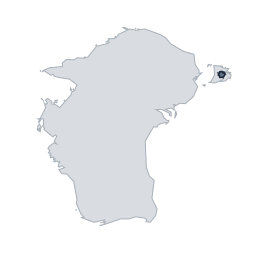 Central Highlands (Tas.), Tasmania, Australia (highlighted), rotated 278°
{"feature_id": "25037944B68362175930798", "entity_name": "Central Highlands (Tas.)", "entity_type": "district", "adm_level": 2, "iso_a3": "AUS", "parent_name": "Australia", "parent_adm1": "Tasmania", "projection": "mercator", "projection_center": [146.609, -42.197], "detail": "fine", "context": "in_parent", "style": "filled", "palette": "slate", "viewbox_px": 256, "rotation_deg": 278, "n_neighbors": 0, "source": "geoboundaries", "source_scale": "gbopen_adm2", "svg_char_len": 4864}
<svg xmlns="http://www.w3.org/2000/svg" viewBox="0 0 256 256"><g transform="rotate(278 128 128)"><path d="M176.9,42.4L179.7,54.5L183.3,53.9L187.3,57.6L188.0,65.1L190.4,67.7L191.0,74.7L192.7,78.4L204.4,85.3L209.1,96.7L210.4,97.3L210.7,95.2L213.2,97.3L213.6,96.3L214.7,102.1L216.3,103.9L219.6,105.7L226.2,115.8L226.0,122.6L228.4,130.8L225.1,146.6L222.8,152.4L216.9,159.2L211.5,172.7L210.2,183.1L200.1,185.7L195.0,190.3L191.9,190.7L192.8,193.3L187.8,189.5L188.6,188.6L188.2,187.6L187.3,187.6L185.7,189.2L184.5,188.2L186.5,186.7L185.3,185.5L178.7,191.3L168.2,188.4L160.1,181.4L159.8,176.0L156.1,171.2L157.7,171.3L157.6,169.9L152.2,171.4L153.8,167.8L151.7,162.7L149.8,168.5L145.8,169.1L146.4,167.1L148.3,167.1L151.0,159.2L150.2,153.3L147.5,159.5L143.6,161.8L140.9,165.6L141.3,167.5L139.7,167.3L137.1,165.2L138.7,165.1L137.6,161.4L135.1,157.2L133.0,156.7L132.7,153.1L117.4,146.9L91.6,151.6L83.4,155.8L79.7,161.2L61.7,161.5L51.8,168.0L45.2,167.6L37.8,163.2L37.7,158.8L39.5,159.5L41.1,156.9L41.2,148.1L38.1,141.6L37.0,133.5L28.7,117.0L32.0,118.7L30.1,113.8L31.4,116.7L33.8,117.6L29.9,107.4L32.9,93.7L33.5,96.9L36.3,93.4L46.1,87.2L49.6,87.6L67.3,81.7L74.0,73.9L73.6,68.8L77.1,65.2L80.0,70.8L81.5,67.7L79.6,65.5L80.2,64.1L86.0,65.1L84.2,64.5L85.4,62.3L84.3,60.4L87.4,60.1L86.3,58.7L88.9,58.5L88.0,56.4L90.2,54.1L90.4,55.5L92.1,55.3L92.3,52.6L94.8,53.6L96.5,51.5L99.2,52.9L102.9,56.6L102.3,59.5L104.8,56.7L110.0,58.6L111.0,57.0L108.7,54.8L114.9,44.8L116.1,45.4L118.2,43.0L118.9,44.0L125.2,43.2L125.0,40.8L120.8,39.1L121.5,38.5L136.6,43.6L141.0,41.7L140.0,43.7L141.8,44.8L144.1,42.4L146.1,44.4L143.7,48.8L141.1,49.2L141.2,52.4L138.7,57.5L152.5,66.7L156.3,67.6L157.5,69.8L163.7,71.4L168.2,63.3L168.5,51.7L169.1,47.4L170.7,46.4L169.5,44.4L173.3,36.1L176.9,42.4ZM184.5,203.2L192.4,206.4L201.8,204.3L202.4,213.3L201.7,211.7L200.8,213.6L200.6,219.6L197.2,217.2L195.1,222.7L191.0,222.3L191.8,220.7L188.3,218.1L186.9,213.4L188.4,214.2L184.7,207.9L184.5,203.2ZM113.7,38.5L118.1,38.5L119.4,39.8L116.5,42.2L113.7,38.5ZM144.1,173.0L151.9,172.8L148.6,174.2L144.1,173.0ZM145.0,51.8L145.8,54.2L143.1,53.8L143.5,52.1L145.0,51.8ZM225.8,114.6L225.6,111.6L226.7,109.0L227.1,110.8L225.8,114.6ZM199.5,198.0L202.2,198.7L202.2,199.9L199.5,198.0ZM113.2,39.3L114.8,41.7L112.0,41.5L113.2,39.3ZM181.6,198.5L180.1,198.2L180.9,196.1L181.6,198.5ZM159.7,65.6L158.4,66.4L157.0,66.8L157.7,65.4L159.7,65.6ZM28.7,116.3L27.7,114.8L27.6,113.4L28.7,116.3ZM201.7,201.1L202.7,201.9L200.7,201.3L201.7,201.1ZM215.7,102.5L216.7,102.5L216.7,103.9L215.7,102.5ZM191.3,74.6L192.5,75.4L192.3,75.8L191.3,74.6ZM197.2,220.5L197.3,222.0L196.3,221.5L197.2,220.5ZM227.5,123.7L227.6,125.4L227.5,123.7ZM124.8,38.4L124.1,37.8L124.5,37.4L124.8,38.4ZM145.1,38.6L144.0,39.8L145.3,37.6L145.1,38.6ZM227.7,121.7L227.2,122.3L227.5,121.7L227.7,121.7ZM146.7,61.3L146.1,61.5L146.4,60.9L146.7,61.3ZM142.8,51.7L142.0,51.8L142.5,51.0L142.8,51.7ZM39.9,87.3L39.6,88.3L39.3,88.2L39.9,87.3ZM172.0,35.5L172.0,36.4L171.7,35.8L172.0,35.5ZM187.3,188.1L187.5,188.7L187.3,188.5L187.3,188.1ZM143.7,40.1L142.3,41.0L143.8,39.9L143.7,40.1ZM88.1,55.2L87.5,55.8L87.9,55.1L88.1,55.2ZM197.7,219.4L197.2,219.7L197.5,219.1L197.7,219.4ZM159.1,68.6L158.3,68.6L158.7,68.1L159.1,68.6ZM85.1,59.7L84.7,60.0L84.7,59.2L85.1,59.7ZM201.5,216.2L200.8,216.7L201.0,215.8L201.5,216.2ZM172.5,33.3L172.4,33.8L172.0,33.6L172.5,33.3ZM186.9,189.0L187.6,189.6L186.5,189.4L186.9,189.0ZM205.9,85.2L205.3,85.3L205.5,84.6L205.9,85.2ZM210.2,95.1L209.9,95.1L210.1,94.6L210.2,95.1ZM184.8,202.1L184.6,202.6L184.4,201.9L184.8,202.1Z" fill="#d9dde1" stroke="#a8b0b8" stroke-width="1"/><path d="M194.6,210.1L194.4,210.1L194.5,210.2L194.4,210.2L194.2,210.0L193.9,210.1L193.9,210.3L193.8,210.2L193.7,210.2L193.4,210.2L193.0,210.1L192.7,210.2L192.7,210.3L192.6,210.5L192.7,210.8L192.6,211.1L192.5,211.3L192.4,211.3L191.1,211.7L190.9,211.9L190.9,212.1L190.8,212.3L191.2,213.3L191.3,213.8L191.3,214.1L191.3,214.3L191.4,214.5L191.5,214.6L191.4,214.7L191.4,214.8L191.3,215.0L191.2,215.1L191.3,215.1L193.4,216.3L194.0,216.3L194.3,216.4L194.4,216.5L194.4,216.4L194.4,216.5L194.4,216.4L194.5,216.4L194.6,216.5L194.7,216.4L194.8,216.4L195.0,216.4L195.3,216.4L195.3,216.5L195.5,216.5L195.5,216.4L195.8,216.3L195.9,216.2L195.8,215.9L196.0,215.7L195.9,215.7L196.0,215.7L195.9,215.6L195.9,215.4L195.8,215.2L196.1,215.3L196.1,215.1L196.3,215.1L196.4,214.9L196.5,214.9L196.6,214.7L196.6,214.3L196.6,214.2L196.6,214.3L196.6,214.2L196.8,214.1L196.8,213.9L196.8,213.7L196.7,213.7L196.8,213.5L196.8,213.4L196.7,213.4L196.8,213.3L197.0,213.3L197.1,213.2L197.0,212.7L197.0,212.4L196.9,212.4L196.6,211.3L196.4,211.5L196.2,211.5L196.0,211.3L195.9,211.2L195.7,211.1L195.6,210.9L195.4,210.8L195.3,210.7L195.2,210.7L195.0,210.4L194.9,210.4L195.0,210.2L195.0,210.3L195.0,210.2L194.9,210.2L195.0,210.2L194.9,210.0L194.9,209.9L194.8,210.0L194.7,210.0L194.6,210.1Z" fill="#64748b" stroke="#1e293b" stroke-width="1.5"/></g></svg>